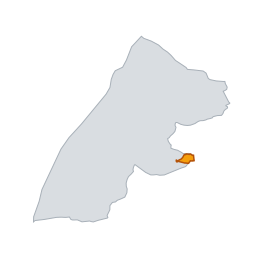 Yarmein, Nimba, Liberia shown in context, rotated 84°
{"feature_id": "62588387B94510923567486", "entity_name": "Yarmein", "entity_type": "district", "adm_level": 2, "iso_a3": "LBR", "parent_name": "Liberia", "parent_adm1": "Nimba", "projection": "robinson", "projection_center": [-8.624, 7.522], "detail": "fine", "context": "in_parent", "style": "filled", "palette": "amber", "viewbox_px": 256, "rotation_deg": 84, "n_neighbors": 0, "source": "geoboundaries", "source_scale": "gbopen_adm2", "svg_char_len": 3177}
<svg xmlns="http://www.w3.org/2000/svg" viewBox="0 0 256 256"><g transform="rotate(84 128 128)"><path d="M38.2,105.1L40.5,102.9L44.0,95.8L48.7,88.9L53.2,84.9L56.7,80.7L60.4,77.5L65.8,73.7L73.9,63.9L75.9,62.8L77.2,56.0L79.2,47.3L81.6,44.6L87.1,43.0L88.4,41.5L90.4,35.4L91.7,28.3L91.8,26.8L94.0,26.6L97.7,25.1L99.9,25.8L100.9,27.8L101.4,29.5L112.7,25.1L113.7,24.2L114.3,24.3L115.7,28.3L116.5,28.1L117.2,26.9L118.0,26.8L118.9,27.4L119.7,29.2L121.2,30.9L123.6,32.1L125.2,33.7L125.0,37.9L125.6,42.1L126.7,43.1L127.2,45.5L127.5,48.3L128.1,49.7L128.5,52.4L128.3,55.4L128.8,57.5L130.6,61.0L131.7,65.5L131.7,68.7L131.0,72.1L129.8,75.2L127.7,78.5L127.5,79.8L128.8,80.7L130.7,80.9L132.3,80.2L136.3,81.7L138.4,83.9L140.3,86.6L141.9,88.0L142.7,89.7L145.5,89.3L148.8,87.6L149.5,86.8L150.5,87.2L152.6,87.4L154.1,84.4L155.3,81.0L157.9,77.3L159.2,75.9L159.5,73.5L159.6,70.4L160.6,67.8L162.7,66.3L165.0,66.3L166.2,66.9L166.8,69.4L168.7,71.4L170.2,72.7L171.1,73.3L172.4,74.8L173.6,80.0L178.5,96.8L178.3,101.4L177.3,104.4L177.3,107.4L177.0,110.3L174.0,115.1L165.1,124.9L165.8,125.7L167.9,126.8L170.1,127.4L171.8,127.1L174.1,129.6L176.4,132.6L179.0,134.2L182.6,135.6L185.8,135.8L188.5,135.2L192.3,135.9L196.4,138.4L197.8,142.6L198.8,146.3L200.2,148.1L200.4,151.3L203.3,154.1L207.4,154.6L212.8,157.9L214.1,157.7L214.7,157.3L215.4,157.9L216.7,167.3L217.8,172.3L217.2,174.4L216.5,175.9L216.5,183.6L214.1,187.9L213.7,192.7L213.0,194.3L210.4,195.6L210.4,199.3L209.7,203.8L209.4,208.5L210.2,220.9L210.3,230.1L211.5,231.8L206.4,231.1L191.6,224.0L180.2,220.0L142.0,196.9L131.4,187.7L119.2,173.9L92.0,146.2L85.8,141.7L78.0,139.6L73.1,137.2L69.7,134.7L67.0,127.0L60.2,122.4L47.6,115.9L38.2,105.1Z" fill="#d9dde1" stroke="#a8b0b8" stroke-width="1"/><path d="M168.9,74.9L168.8,74.7L168.8,74.4L168.8,74.2L168.9,73.9L169.0,73.6L169.1,73.3L169.2,72.8L169.3,72.7L169.3,72.3L169.4,71.9L169.5,71.5L169.1,71.1L168.4,70.6L168.2,70.3L168.0,70.1L167.8,70.0L167.7,69.9L167.5,69.7L167.3,69.6L167.1,69.4L167.2,69.1L167.3,68.8L167.4,68.6L167.4,68.3L167.4,67.9L167.4,67.7L167.5,67.3L167.4,67.3L167.3,67.1L167.2,66.9L167.2,66.6L167.1,66.3L167.5,65.8L167.4,65.7L167.1,65.6L166.9,65.7L166.7,65.6L166.3,65.7L166.2,65.7L165.8,65.7L165.2,65.7L164.8,65.7L164.5,65.7L164.0,65.7L163.7,65.7L163.3,65.7L163.1,65.7L162.8,65.8L162.5,65.7L162.0,65.7L162.0,65.9L161.9,65.9L161.8,66.1L161.8,66.5L161.8,67.0L161.7,67.1L161.4,67.3L161.3,67.5L161.0,67.8L160.9,67.9L160.8,68.0L160.6,68.4L160.5,68.5L160.4,68.6L160.4,68.8L160.5,69.0L160.7,69.4L160.7,69.6L160.6,69.8L160.4,69.9L160.3,70.0L160.5,70.4L160.4,70.5L160.3,71.1L160.3,71.3L160.2,71.5L160.0,71.9L160.0,72.0L160.1,72.5L160.0,72.8L159.9,72.9L160.0,73.1L160.3,73.0L160.5,73.5L160.4,73.7L160.3,73.9L160.2,74.2L160.3,74.4L160.5,74.6L160.5,74.9L160.6,75.0L161.5,75.7L161.9,75.9L162.6,76.4L163.1,76.8L163.9,77.7L164.0,77.9L164.1,78.0L164.3,78.3L164.6,78.6L164.8,79.3L164.9,80.0L165.0,80.2L165.4,81.0L166.0,82.0L165.9,82.4L165.4,82.7L165.0,83.1L165.0,83.3L165.3,83.4L165.9,83.5L166.4,83.3L166.6,83.2L166.8,83.0L166.8,82.9L166.8,82.5L166.4,81.8L166.5,81.5L166.5,81.2L166.7,80.7L167.1,79.7L167.8,77.7L168.1,77.0L168.3,76.4L168.9,74.9Z" fill="#f59e0b" stroke="#b45309" stroke-width="1.5"/></g></svg>